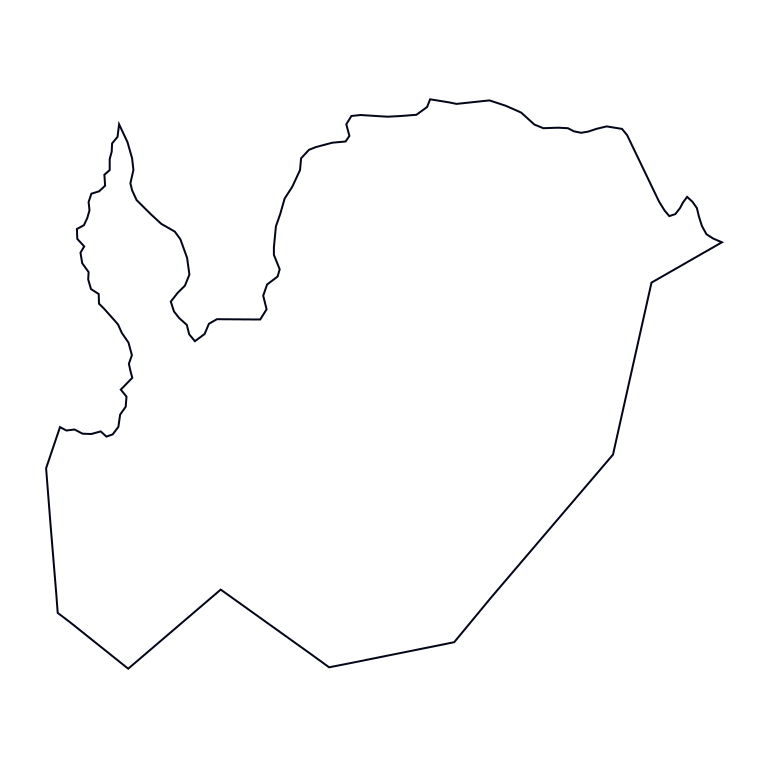 outline of Piancó, Paraíba, Brazil
{"feature_id": "56859067B93883215672423", "entity_name": "Piancó", "entity_type": "district", "adm_level": 2, "iso_a3": "BRA", "parent_name": "Brazil", "parent_adm1": "Paraíba", "projection": "robinson", "projection_center": [-37.978, -7.2], "detail": "fine", "context": "isolated", "style": "outline", "palette": "ink", "viewbox_px": 768, "rotation_deg": 0, "n_neighbors": 0, "source": "geoboundaries", "source_scale": "gbopen_adm2", "svg_char_len": 1851}
<svg xmlns="http://www.w3.org/2000/svg" viewBox="0 0 768 768"><path d="M46.1,468.3L50.4,523.0L56.4,595.4L57.7,612.9L70.1,622.3L128.2,668.7L220.7,589.6L312.7,655.4L329.1,667.3L342.9,664.6L454.2,642.2L490.7,598.0L561.8,514.6L613.0,454.6L631.8,370.5L651.5,282.6L721.9,242.3L713.3,238.6L706.5,234.3L701.9,226.0L698.8,216.1L696.9,208.1L692.4,201.7L687.1,196.9L683.1,202.3L680.0,208.1L675.3,214.1L669.3,216.1L664.7,210.7L659.0,201.5L627.1,135.1L622.0,128.9L606.6,126.4L596.3,128.9L588.2,131.6L581.2,132.8L573.9,131.3L567.9,128.2L558.1,127.7L543.3,128.2L534.3,124.5L521.2,112.6L512.9,108.9L505.8,105.8L497.7,103.1L489.4,100.4L456.5,103.9L449.2,102.4L430.1,99.3L427.1,107.0L416.4,114.8L400.8,116.0L387.8,116.7L380.7,116.3L360.6,115.0L351.4,116.0L346.3,124.3L349.4,135.9L345.6,141.5L332.3,142.7L315.8,147.1L309.0,149.8L301.1,158.3L300.0,170.1L292.3,186.7L284.6,198.6L280.3,213.8L275.9,226.4L273.9,247.3L273.9,254.9L279.7,269.3L277.6,276.5L267.1,284.5L263.2,295.7L266.6,309.3L260.2,319.5L216.9,319.2L208.9,323.8L204.6,334.0L194.9,341.2L189.2,334.3L186.8,324.9L179.1,318.0L174.0,311.5L170.8,301.6L177.7,292.8L184.9,285.7L189.4,274.6L187.1,257.9L180.4,239.3L174.8,231.6L161.2,223.8L150.7,214.1L136.6,200.1L132.1,190.3L130.4,183.3L133.4,170.0L132.1,158.3L127.5,142.2L119.1,124.3L117.5,136.9L112.1,143.4L111.7,151.7L109.7,159.0L109.7,170.1L104.4,174.7L105.1,185.7L99.1,191.3L91.4,193.7L88.6,202.0L89.5,210.3L87.3,218.0L83.9,225.2L76.9,229.0L77.3,238.9L84.2,246.4L80.5,252.7L82.2,263.2L88.6,272.1L88.2,279.5L91.0,289.1L98.7,294.0L99.0,303.7L104.0,308.6L112.0,317.6L118.0,324.4L121.8,332.9L128.5,342.6L131.9,355.2L128.9,363.7L130.4,370.8L132.3,377.8L120.8,389.6L126.5,396.7L125.7,406.7L120.1,414.7L118.4,426.8L112.7,434.4L106.4,436.6L100.7,431.4L91.3,434.0L82.6,433.7L74.5,429.5L66.4,430.5L60.0,427.1L46.1,468.3Z" fill="none" stroke="#020617" stroke-width="2"/></svg>